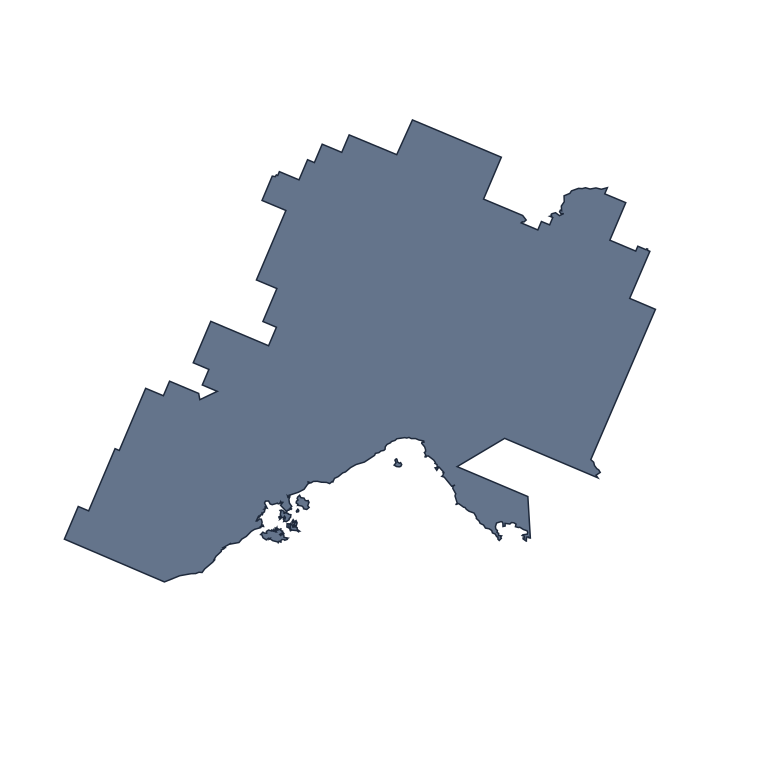 the district of Roper Gulf, Northern Territory, Australia, rotated 113°
{"feature_id": "25037944B80645640934935", "entity_name": "Roper Gulf", "entity_type": "district", "adm_level": 2, "iso_a3": "AUS", "parent_name": "Australia", "parent_adm1": "Northern Territory", "projection": "robinson", "projection_center": [136.103, -15.306], "detail": "fine", "context": "isolated", "style": "filled", "palette": "slate", "viewbox_px": 768, "rotation_deg": 113, "n_neighbors": 0, "source": "geoboundaries", "source_scale": "gbopen_adm2", "svg_char_len": 6181}
<svg xmlns="http://www.w3.org/2000/svg" viewBox="0 0 768 768"><g transform="rotate(113 384 384)"><path d="M652.0,508.8L640.3,497.1L633.9,487.3L632.1,483.3L629.6,480.8L628.6,477.8L624.3,476.8L614.8,472.0L611.3,470.9L613.3,472.0L608.2,471.3L601.7,468.4L600.3,468.9L598.4,467.1L595.7,466.0L597.3,467.0L597.7,467.7L598.0,467.7L597.8,468.2L597.1,467.1L597.1,467.8L590.2,462.5L591.4,462.9L586.6,455.6L582.2,454.2L578.1,451.2L571.5,448.6L568.4,446.4L564.4,441.4L563.9,441.1L564.6,442.1L564.1,441.7L564.0,442.2L563.0,441.7L562.2,439.2L561.1,440.3L561.5,441.6L558.8,442.2L556.4,444.1L556.9,445.9L559.7,447.3L560.0,448.1L555.7,447.9L556.0,447.1L554.7,446.7L554.5,447.3L554.3,447.4L554.2,446.4L552.8,446.6L552.3,445.6L550.8,445.8L551.4,444.9L549.5,445.0L548.5,444.1L546.1,444.6L546.1,445.4L545.2,444.5L543.0,445.8L544.1,444.8L543.9,443.1L540.2,447.5L538.1,447.3L536.8,444.5L538.9,441.9L538.8,439.8L535.3,435.5L535.7,434.6L535.0,433.4L532.7,433.2L533.9,432.2L532.8,431.9L532.5,430.9L536.1,431.8L539.7,423.5L538.0,423.6L537.3,422.2L536.0,422.3L535.8,420.6L535.1,420.3L534.5,421.7L532.7,421.1L530.6,424.5L527.4,426.4L525.2,426.7L526.0,428.1L524.8,429.0L525.1,428.2L523.5,427.9L524.1,426.8L522.9,427.1L517.1,420.5L512.1,416.4L505.9,415.1L504.5,414.0L503.7,416.4L503.7,412.7L501.3,411.0L499.6,407.3L498.9,403.3L497.0,398.4L496.9,395.1L494.0,393.6L494.2,392.8L490.2,392.7L487.1,389.9L482.0,387.3L480.0,385.1L474.0,382.1L469.0,378.2L463.5,371.5L453.4,364.8L451.2,364.8L449.2,361.9L446.8,360.6L445.2,358.2L443.7,357.5L441.3,358.3L438.4,357.6L435.5,355.0L434.1,354.7L431.6,351.8L429.4,350.8L425.2,343.9L424.9,342.0L423.4,340.1L423.6,337.6L421.9,333.6L421.9,329.9L420.9,325.2L421.9,324.5L422.9,326.3L423.9,326.1L426.0,322.0L428.2,320.1L430.0,319.3L431.3,320.1L433.0,317.9L435.0,317.8L434.8,316.8L433.7,316.6L432.9,315.0L434.6,308.5L436.2,306.0L437.2,306.1L437.4,303.8L439.2,302.8L439.0,300.8L441.9,294.5L442.7,295.0L442.9,294.2L445.2,294.1L446.4,294.7L446.2,292.1L451.7,281.7L449.2,279.2L451.1,280.5L453.2,279.9L457.4,274.6L457.1,275.1L459.3,274.9L465.1,270.0L467.1,271.0L464.9,268.6L466.3,262.6L466.0,261.2L467.2,259.2L467.9,256.0L467.6,250.7L470.4,247.0L471.7,246.5L473.0,242.9L474.7,241.1L474.9,237.3L477.0,234.3L476.2,230.6L476.8,227.6L478.7,226.0L478.7,222.9L480.5,220.7L480.5,219.3L482.3,218.5L483.0,216.8L480.2,215.7L479.2,216.8L477.9,216.4L478.6,219.5L476.7,220.1L476.4,222.0L474.6,222.3L473.7,224.5L471.7,225.7L468.0,226.1L464.9,222.5L464.8,221.3L465.8,220.1L468.7,218.8L467.4,217.0L465.0,218.1L463.7,213.4L461.7,212.5L461.0,210.2L461.4,207.7L464.0,207.3L463.6,204.2L462.8,203.0L463.5,198.7L463.2,195.0L464.3,193.8L466.2,193.4L468.5,197.2L469.5,197.6L469.4,195.2L470.8,194.4L471.3,195.8L472.2,195.5L473.2,191.1L472.5,191.9L469.1,192.7L468.4,191.3L469.0,190.5L468.6,189.1L431.4,207.6L431.5,284.4L386.9,251.7L386.8,150.5L385.1,153.2L380.9,150.4L379.1,152.9L378.8,155.0L376.8,158.4L374.1,160.4L372.8,164.1L209.2,163.3L209.2,191.3L158.0,191.1L158.0,193.7L156.8,194.0L156.8,194.9L158.0,195.4L158.0,204.2L163.3,204.2L163.4,232.3L122.6,232.3L122.7,255.1L116.0,255.1L119.8,260.0L120.7,265.5L124.0,270.5L124.6,275.2L126.7,277.9L127.9,281.4L133.0,286.9L135.9,287.4L140.4,291.8L145.8,289.3L150.9,290.3L155.1,288.2L155.1,289.6L156.9,289.7L158.0,287.7L156.9,285.1L160.5,288.3L159.3,293.0L161.6,295.9L162.5,296.4L163.7,295.5L164.8,296.9L164.8,293.7L172.8,293.7L172.9,302.6L182.1,302.6L182.1,320.7L180.7,320.1L180.2,318.5L177.5,317.2L174.7,322.2L174.9,364.6L129.4,364.6L129.8,461.0L167.9,461.9L168.3,513.4L187.3,513.4L187.4,534.6L207.4,534.6L207.4,542.0L229.3,542.0L229.4,563.3L233.6,563.3L233.6,564.8L235.6,565.1L236.3,568.1L262.7,568.0L262.6,542.1L338.1,542.1L338.0,519.9L373.8,519.9L373.8,505.2L393.9,505.2L394.0,567.9L439.0,567.9L439.0,550.9L455.9,550.9L455.9,534.6L470.4,547.4L465.1,550.9L465.2,582.5L481.0,582.5L481.1,601.7L548.6,601.7L548.6,606.3L616.2,606.3L616.2,617.6L651.7,617.6L652.0,508.8ZM559.0,427.9L560.2,427.6L559.5,425.7L560.1,424.9L560.9,427.0L562.2,425.2L562.6,426.3L561.9,427.7L562.4,428.0L561.5,428.9L562.6,428.9L562.3,430.2L563.2,430.0L563.5,433.2L565.6,434.6L567.2,433.7L568.0,435.8L567.7,437.6L570.8,438.7L570.6,437.5L572.8,435.3L573.5,431.4L571.1,430.1L571.3,428.9L570.9,429.0L570.6,428.6L571.5,428.8L571.0,428.3L571.7,425.2L570.9,420.0L571.4,419.4L569.7,419.1L569.9,416.5L569.0,417.9L567.0,417.2L566.2,414.9L566.6,414.3L564.9,412.4L564.5,413.0L563.4,412.2L564.2,416.1L562.1,417.3L562.5,419.5L563.8,419.8L563.3,421.2L561.4,420.0L561.6,418.4L560.7,417.8L559.7,419.7L558.5,419.9L559.5,420.2L558.8,422.3L557.0,422.1L558.7,422.8L558.8,425.9L557.9,426.5L559.1,426.6L559.0,427.9ZM530.3,409.3L529.7,406.1L526.9,404.7L525.8,406.7L522.1,406.8L522.2,407.5L520.9,408.2L521.9,410.0L521.7,411.4L520.3,413.0L521.1,416.1L519.4,418.2L521.9,419.3L523.4,419.2L524.4,417.8L526.1,418.8L527.8,418.4L528.2,416.4L529.2,416.2L528.7,415.8L529.2,415.3L528.4,411.9L529.2,409.8L530.3,409.3ZM543.4,417.9L540.7,418.6L541.2,421.2L540.7,421.6L540.9,423.6L540.2,423.9L542.1,425.2L541.9,425.8L541.0,425.2L540.1,427.5L540.1,429.1L541.0,430.3L541.7,429.0L544.4,428.6L546.8,426.3L546.3,424.2L544.6,424.0L545.4,422.6L546.8,422.4L546.7,423.7L547.7,423.9L548.6,422.7L549.7,422.6L548.9,421.6L549.0,420.2L546.0,418.3L544.7,418.7L543.4,417.9ZM552.8,414.8L553.9,414.5L554.1,413.2L554.9,413.6L555.7,412.8L554.5,411.7L553.0,406.9L553.6,404.2L552.9,405.4L552.4,404.4L551.8,407.0L550.1,407.9L550.2,410.0L551.4,411.9L549.4,413.5L549.2,414.3L550.3,414.8L549.1,415.6L551.0,416.3L549.8,416.7L550.5,418.6L553.6,417.5L553.7,415.1L553.1,415.5L551.9,414.5L552.7,414.1L552.8,414.8ZM448.1,343.5L449.8,344.2L451.9,342.1L454.7,343.0L455.1,340.3L454.3,337.6L453.3,336.4L451.3,336.2L449.9,338.0L450.9,338.8L450.5,341.0L448.2,342.7L448.1,343.5ZM549.8,410.4L548.9,410.8L549.5,409.3L545.8,409.7L544.1,411.6L544.8,412.0L546.1,411.0L546.8,412.1L549.6,412.2L549.8,410.4ZM544.4,414.6L547.0,414.9L548.1,414.1L545.5,412.9L544.4,414.6ZM440.3,302.8L441.2,304.2L442.8,301.7L440.4,301.3L440.3,302.8ZM532.9,414.4L535.3,415.0L536.0,414.3L534.9,412.8L533.6,413.1L532.9,414.4ZM547.8,428.6L548.3,428.2L548.0,427.0L549.1,427.0L548.1,426.3L546.4,426.8L546.5,428.2L547.1,428.6L547.5,427.7L547.8,428.6Z" fill="#64748b" stroke="#1e293b" stroke-width="1.5"/></g></svg>